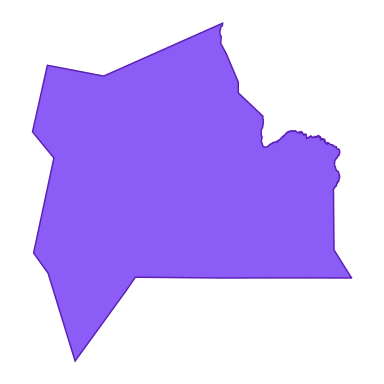 Kapoeta East, Eastern Equatoria, South Sudan (Equal Earth projection)
{"feature_id": "79223893B62671962917549", "entity_name": "Kapoeta East", "entity_type": "district", "adm_level": 2, "iso_a3": "SSD", "parent_name": "South Sudan", "parent_adm1": "Eastern Equatoria", "projection": "equal_earth", "projection_center": [35.583, 5.094], "detail": "fine", "context": "isolated", "style": "filled", "palette": "violet", "viewbox_px": 384, "rotation_deg": 0, "n_neighbors": 0, "source": "geoboundaries", "source_scale": "gbopen_adm2", "svg_char_len": 5762}
<svg xmlns="http://www.w3.org/2000/svg" viewBox="0 0 384 384"><path d="M48.1,273.2L75.1,361.0L82.3,351.1L126.0,290.8L135.4,277.2L222.0,278.0L270.9,277.9L307.0,277.9L351.4,278.0L351.5,277.3L351.0,277.1L334.0,249.9L333.5,194.0L333.4,189.3L333.5,189.2L334.0,188.6L334.1,188.4L334.2,188.2L334.2,187.8L334.5,187.7L334.8,187.5L334.8,187.2L334.9,186.9L335.1,186.6L335.6,186.6L335.8,186.4L336.2,186.0L336.2,185.8L336.1,185.6L336.2,185.2L336.5,185.0L336.5,184.6L336.7,184.3L336.8,184.1L336.8,183.6L337.1,183.5L337.0,183.2L337.1,182.7L337.5,182.5L337.5,182.3L337.7,182.1L337.6,181.9L337.6,181.5L338.0,181.4L338.2,181.7L338.5,181.7L338.6,181.4L338.8,180.9L338.7,180.4L339.0,179.7L339.0,179.1L339.0,178.6L339.4,178.3L339.6,177.9L339.7,177.4L339.7,177.2L339.4,176.7L339.5,176.3L339.7,176.0L339.6,175.7L339.3,175.5L339.2,175.0L339.2,174.5L339.0,174.0L338.9,173.4L338.5,172.6L338.3,171.8L338.0,171.3L337.2,170.9L336.5,170.6L336.2,170.0L335.9,169.0L335.4,167.6L335.3,166.6L335.0,166.4L334.8,165.9L334.6,165.5L334.6,164.9L334.5,164.5L334.5,164.0L334.5,163.4L334.5,162.9L334.7,162.5L334.7,161.9L334.7,161.6L334.7,161.2L334.7,160.6L335.0,160.2L335.3,160.0L335.5,159.7L335.7,159.1L336.1,158.8L336.3,158.5L336.6,158.4L336.6,158.1L336.5,157.9L336.7,157.6L337.1,157.6L337.4,157.4L337.4,157.0L337.6,156.5L337.8,156.4L337.9,156.2L338.2,155.9L338.2,155.7L338.2,155.4L338.9,155.4L339.1,155.0L338.9,154.6L338.9,154.3L339.3,153.9L339.3,153.6L339.5,153.4L339.7,153.2L339.6,152.6L339.6,152.2L339.8,151.8L339.5,151.1L339.4,150.5L339.5,149.9L339.4,149.7L339.1,149.7L338.9,149.5L338.6,149.4L338.3,149.1L338.1,148.9L337.8,149.0L337.5,149.0L337.2,148.8L337.0,148.7L336.7,148.5L336.6,148.2L336.4,147.9L336.4,147.2L336.4,146.8L336.0,146.7L335.4,146.5L335.2,146.5L334.7,146.6L334.1,146.7L333.7,146.2L333.6,145.6L333.3,145.2L332.9,145.2L332.6,144.9L332.1,144.7L331.9,144.7L331.6,144.6L330.2,144.6L330.0,144.2L329.7,144.1L329.1,143.5L328.8,143.1L328.5,142.9L328.0,143.1L327.7,142.9L327.7,142.6L327.2,142.5L327.1,142.9L327.1,143.3L327.3,143.7L327.5,143.9L327.3,144.2L327.0,144.1L326.9,143.8L326.6,143.7L326.1,143.4L325.4,143.0L325.4,142.5L325.0,142.2L324.7,142.0L324.7,141.7L325.0,141.5L324.9,141.4L324.5,141.2L324.4,141.0L324.5,140.6L325.0,140.5L325.0,140.0L324.5,140.0L324.4,139.6L324.1,139.3L324.0,139.6L323.9,139.9L323.7,139.9L323.7,139.4L323.6,139.1L323.3,139.2L323.0,139.2L322.9,139.0L322.5,139.0L322.6,138.8L322.5,138.7L322.2,138.8L322.0,139.2L321.8,139.4L321.5,139.6L321.2,139.4L321.2,139.1L321.5,138.9L321.2,138.7L320.8,139.8L320.5,139.9L320.5,139.6L320.8,138.7L320.7,138.3L320.7,138.0L320.7,137.6L320.7,137.3L320.5,137.1L320.2,137.1L320.0,137.4L319.8,137.5L319.7,137.3L319.8,137.0L319.9,136.7L319.5,136.6L319.0,136.9L318.8,136.9L318.8,136.5L319.0,136.1L319.0,135.8L318.7,135.6L318.5,135.8L318.5,136.0L318.5,136.5L318.1,136.7L317.9,136.7L317.7,136.4L317.5,136.0L317.3,136.2L317.0,136.5L316.5,136.5L316.3,136.6L316.1,137.0L315.7,136.8L315.4,136.7L315.4,136.9L315.4,137.3L315.1,137.3L314.9,137.0L314.9,136.7L314.7,136.5L314.2,137.1L314.0,137.4L313.6,137.4L313.4,137.2L312.7,137.1L312.5,137.5L312.1,137.4L311.8,137.2L311.4,136.7L311.1,136.5L311.5,136.3L311.4,136.1L310.5,136.1L310.4,136.6L310.0,136.8L309.4,136.8L309.1,137.5L308.8,137.6L308.8,137.3L308.6,137.3L308.1,137.9L307.9,138.0L307.5,138.2L307.3,137.9L307.0,138.1L306.7,138.3L306.3,137.6L306.4,137.2L306.4,136.8L306.3,136.4L306.3,136.1L306.1,135.6L306.3,135.4L306.1,135.1L306.1,134.8L306.1,134.4L305.8,134.2L305.2,134.1L305.0,134.3L304.8,134.1L304.3,134.3L304.5,134.7L304.4,134.9L304.2,134.9L303.9,134.8L303.5,135.0L303.3,134.6L303.2,134.1L302.9,133.9L302.3,133.5L302.3,133.1L302.6,133.0L302.4,132.6L302.0,132.5L301.7,132.2L301.7,131.8L301.5,131.6L301.4,131.7L301.2,132.1L300.7,132.4L300.3,132.4L300.1,132.6L300.0,131.9L299.6,131.9L299.7,132.4L299.7,132.5L299.5,132.4L299.2,132.4L299.1,132.5L299.2,132.8L298.9,132.7L298.6,132.5L298.3,132.5L297.9,132.4L297.9,132.6L297.5,132.6L297.4,132.3L297.1,132.3L296.7,132.1L296.4,131.9L296.2,131.9L296.1,131.4L295.8,131.1L295.5,130.9L295.1,130.8L294.9,131.0L294.5,131.1L294.1,130.8L293.7,131.1L293.4,131.0L293.2,131.3L292.9,131.6L292.5,131.6L292.1,131.3L292.0,130.9L291.7,130.8L291.4,130.8L291.2,130.7L290.8,130.8L290.5,130.8L290.5,131.2L290.1,131.4L289.9,131.8L289.5,131.8L289.1,131.7L288.5,131.5L288.1,131.7L287.9,132.1L287.6,132.1L287.3,132.2L287.1,132.7L286.8,133.1L286.5,133.0L286.1,133.1L285.8,133.7L285.4,134.2L285.1,134.6L284.8,135.2L284.4,135.2L284.2,135.7L283.7,135.8L283.6,136.2L283.4,136.6L283.0,136.8L282.8,136.3L282.5,136.4L282.3,137.0L282.0,137.3L281.8,137.9L281.5,138.2L280.9,138.4L280.5,138.8L280.2,139.2L279.9,139.4L279.6,139.7L279.4,139.9L279.0,140.2L278.7,140.5L278.0,140.5L277.8,140.8L277.8,141.1L277.5,141.3L277.6,141.7L277.2,141.6L276.8,141.7L276.6,141.6L276.4,142.1L276.0,142.1L275.3,142.1L275.1,141.9L274.6,142.1L274.3,142.5L273.9,142.5L272.8,142.6L272.7,143.1L272.1,143.5L271.6,143.7L271.1,143.6L270.9,144.1L269.6,144.6L268.6,145.7L267.9,146.4L267.3,146.8L266.2,147.0L264.1,147.0L263.5,146.9L263.2,146.6L262.5,144.8L262.3,143.8L262.0,143.2L261.5,142.0L261.4,141.1L261.4,140.2L261.8,138.6L262.1,137.7L262.1,136.6L261.6,135.8L261.3,134.9L261.2,132.6L261.3,131.2L261.3,130.0L261.3,129.4L261.7,128.9L262.4,127.9L262.7,126.7L262.8,125.2L263.0,124.7L263.3,123.8L263.4,123.3L263.4,122.8L263.0,122.2L263.0,121.7L263.3,120.7L263.3,119.9L263.1,119.1L262.8,118.6L262.7,118.1L262.8,117.2L263.0,116.3L238.4,93.0L238.3,92.6L238.3,84.7L238.3,82.2L226.4,54.0L220.7,43.3L220.9,40.9L221.0,39.1L221.2,36.6L221.0,35.9L220.5,35.4L220.0,34.3L219.9,32.6L220.0,30.6L220.4,29.1L220.7,28.2L220.8,27.1L221.1,26.6L221.5,26.1L222.0,26.1L222.4,25.7L222.3,24.7L222.6,24.1L222.6,23.2L103.6,76.1L47.4,65.3L32.5,131.8L53.9,158.0L33.6,253.0L48.1,273.2Z" fill="#8b5cf6" stroke="#5b21b6" stroke-width="1.5"/></svg>